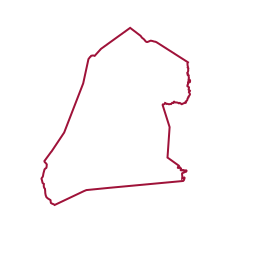 outline of El Paraiso, Copán, Honduras, rotated 198°
{"feature_id": "27666195B24019943465841", "entity_name": "El Paraiso", "entity_type": "district", "adm_level": 2, "iso_a3": "HND", "parent_name": "Honduras", "parent_adm1": "Copán", "projection": "robinson", "projection_center": [-89.052, 15.058], "detail": "fine", "context": "isolated", "style": "outline", "palette": "rose", "viewbox_px": 256, "rotation_deg": 198, "n_neighbors": 0, "source": "geoboundaries", "source_scale": "gbopen_adm2", "svg_char_len": 4586}
<svg xmlns="http://www.w3.org/2000/svg" viewBox="0 0 256 256"><g transform="rotate(198 128 128)"><path d="M91.2,209.0L127.4,218.4L128.6,218.5L129.3,218.4L130.0,218.3L130.6,218.3L131.4,218.3L132.4,218.2L133.3,218.1L134.0,217.6L135.0,216.7L135.6,216.2L136.3,215.7L136.9,215.6L137.9,215.8L138.5,216.2L139.1,216.6L139.9,217.1L140.7,217.5L142.1,218.0L142.8,218.3L144.4,219.5L156.9,223.9L178.1,195.0L182.0,186.3L182.7,186.3L183.6,186.2L183.8,186.1L184.1,186.0L184.8,185.6L185.3,185.3L185.4,185.2L185.7,184.1L185.8,184.0L186.0,183.8L186.1,183.7L186.5,182.4L186.9,181.3L184.4,156.6L187.3,104.0L193.5,81.9L193.7,81.6L197.3,70.7L196.7,69.9L195.7,69.4L195.0,69.0L194.0,68.3L193.4,65.8L193.4,64.7L194.1,63.9L194.6,62.8L194.5,60.8L194.4,58.7L194.2,57.3L194.0,56.0L194.1,55.0L194.6,53.6L194.6,53.0L193.6,51.6L192.3,49.4L191.7,49.1L190.7,48.8L190.4,47.4L189.9,46.1L189.1,45.1L188.2,44.5L187.3,42.5L186.6,40.6L185.5,38.6L184.2,37.0L182.4,36.2L181.4,36.0L180.5,35.7L179.7,35.6L179.3,35.3L178.7,33.8L178.1,32.9L176.9,32.6L175.4,32.5L175.1,32.5L174.5,32.3L174.0,32.1L150.5,54.3L148.4,56.1L127.6,65.2L59.3,94.6L59.1,94.9L58.9,95.2L58.8,95.6L58.7,95.8L58.7,96.1L58.7,96.8L58.7,97.3L58.7,97.8L58.8,98.1L59.1,98.3L59.3,98.2L59.5,98.1L59.8,97.9L60.0,97.5L60.2,97.2L60.4,97.0L60.8,96.8L60.9,96.7L61.4,98.8L61.8,99.6L62.1,100.2L62.3,100.9L62.5,101.3L62.5,101.6L62.3,101.8L61.7,102.4L60.8,103.2L60.7,103.3L60.7,103.7L60.6,103.8L60.6,104.0L60.4,104.2L60.2,104.2L59.9,104.0L59.6,104.1L59.4,104.2L59.3,104.6L59.1,104.9L59.1,105.2L59.1,105.4L59.2,105.5L59.3,105.6L59.5,105.7L60.1,105.5L60.6,105.3L60.8,105.2L61.1,104.9L61.4,104.8L61.5,104.8L61.8,105.1L62.0,105.2L62.3,105.1L62.5,104.7L62.9,104.5L63.1,104.5L63.4,104.8L63.5,104.8L63.8,104.7L64.0,104.3L64.1,104.2L64.3,104.1L64.5,104.1L64.8,104.2L64.9,104.3L65.0,104.4L65.0,104.6L65.0,104.8L64.9,105.1L64.9,105.5L65.0,105.8L65.3,106.0L65.5,106.1L65.8,106.2L66.0,106.2L66.3,106.0L66.5,106.0L66.7,106.3L66.7,106.6L66.8,106.6L67.0,106.7L67.4,106.6L67.5,106.5L67.5,106.4L67.4,106.0L67.4,105.9L67.5,105.7L68.0,105.5L68.3,105.6L68.4,105.9L68.4,106.4L68.3,106.7L68.2,107.1L68.2,107.5L68.1,107.9L81.3,112.1L88.7,141.7L102.2,160.6L102.1,161.2L101.7,161.3L101.4,161.5L101.1,161.7L100.7,162.2L100.6,162.4L100.5,162.6L100.5,162.8L100.5,163.1L100.4,163.2L100.4,163.3L100.2,163.3L99.8,163.2L99.5,163.1L99.0,162.8L98.9,162.8L98.7,162.8L98.1,163.1L97.7,163.2L97.3,163.2L96.8,163.2L96.5,163.2L96.2,163.3L95.7,163.6L95.2,163.9L94.9,164.0L94.5,164.0L94.4,164.1L94.1,164.9L93.9,165.3L93.8,165.5L93.4,165.5L93.1,165.6L92.6,165.8L92.4,166.0L92.4,166.3L92.6,166.5L92.6,166.9L92.5,167.1L92.4,167.2L92.3,167.3L92.2,167.3L91.8,167.1L91.7,167.0L91.3,167.0L90.8,167.0L90.5,167.0L90.2,167.1L89.6,167.3L88.9,167.4L88.1,167.4L87.9,167.4L87.5,167.2L87.2,167.2L87.0,167.3L86.9,167.4L86.9,167.6L86.7,167.8L86.3,167.8L85.4,167.6L85.0,167.5L84.5,167.2L84.4,167.2L84.1,167.3L83.6,167.9L81.9,169.4L81.6,169.8L81.4,170.0L81.3,169.9L81.3,169.7L81.2,169.6L80.9,169.8L80.8,170.2L80.8,170.4L81.0,170.5L81.3,170.8L81.3,171.0L81.2,171.1L81.1,171.3L80.8,171.6L80.6,171.9L80.5,172.3L80.3,172.8L80.3,173.0L80.3,173.3L80.3,173.5L80.4,174.0L80.4,174.5L80.3,175.1L80.2,175.2L80.0,175.5L79.9,175.7L79.9,175.8L80.0,176.0L80.2,176.3L80.2,176.6L80.1,176.8L79.9,177.0L79.5,178.6L79.5,179.1L79.5,179.3L80.1,180.0L80.5,180.4L81.0,180.7L81.2,180.9L81.2,181.0L81.2,181.3L81.2,181.5L81.2,181.8L81.1,182.0L80.9,182.2L80.8,182.3L80.6,182.2L80.5,182.3L80.5,182.5L81.4,183.0L81.7,183.1L82.1,183.1L82.3,183.4L82.3,183.9L82.4,185.1L82.5,185.3L82.9,185.7L83.3,185.9L83.5,186.0L84.0,185.9L84.2,186.0L84.4,186.1L84.5,186.4L84.6,186.7L84.7,187.2L84.6,187.5L84.5,188.0L84.5,188.3L84.6,188.6L84.8,189.2L85.0,189.7L85.0,190.3L85.0,190.7L85.0,190.9L84.9,191.0L84.6,191.0L84.5,190.9L84.4,190.6L84.3,190.4L84.1,190.3L83.8,190.3L83.6,190.6L83.4,190.7L83.3,190.9L83.3,191.0L83.4,191.6L83.5,192.1L83.8,192.5L84.1,192.8L84.4,193.0L84.5,193.0L84.7,192.9L84.8,192.6L84.7,192.4L84.7,192.2L84.8,192.1L85.0,192.0L85.3,192.4L85.4,193.1L85.5,193.8L85.6,194.4L85.6,194.6L85.7,194.8L86.0,195.2L86.2,195.6L86.3,195.9L86.3,196.4L86.5,196.8L86.8,197.0L87.0,197.0L87.2,196.8L87.4,196.8L87.5,196.8L87.8,197.1L87.9,197.3L87.9,197.5L87.8,197.8L87.8,198.1L88.0,198.3L88.5,198.4L88.6,198.5L88.7,198.9L88.5,199.3L88.4,199.6L88.4,200.1L88.4,200.7L88.5,201.0L88.5,201.3L88.8,202.1L88.9,202.4L89.0,202.6L89.0,203.1L89.0,203.3L89.1,203.5L89.4,203.7L89.6,203.7L89.8,203.8L90.0,204.0L90.0,204.4L89.9,204.6L90.0,204.8L90.1,205.1L90.4,205.5L90.6,205.8L91.2,207.2L91.3,207.5L91.4,207.8L91.4,208.1L91.3,208.4L91.2,209.0Z" fill="none" stroke="#9f1239" stroke-width="2"/></g></svg>